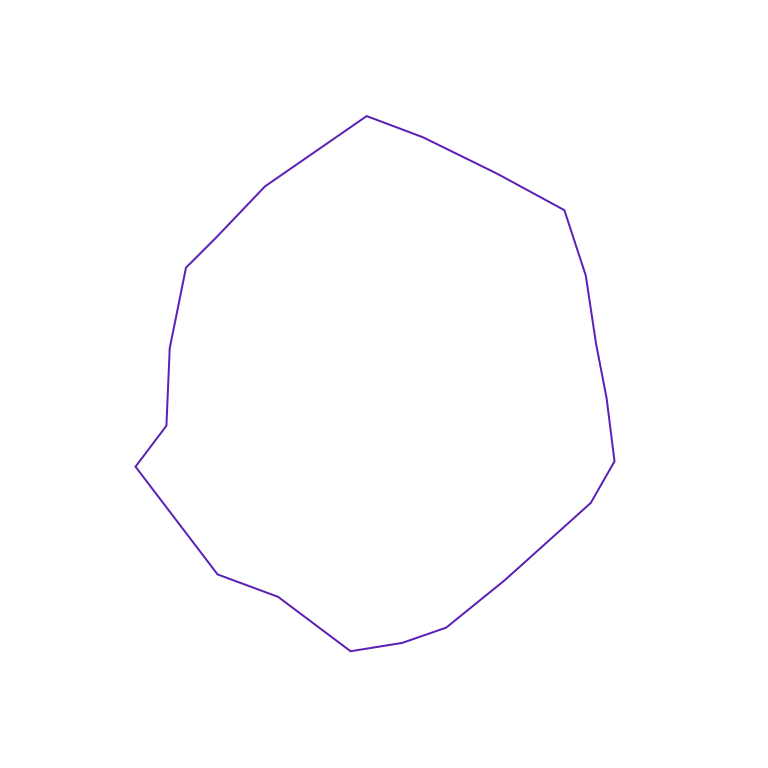 Khankendi City, Stepanakert, Azerbaijan (Mercator projection), rotated 230°
{"feature_id": "54616110B15657888815271", "entity_name": "Khankendi City", "entity_type": "district", "adm_level": 2, "iso_a3": "AZE", "parent_name": "Azerbaijan", "parent_adm1": "Stepanakert", "projection": "mercator", "projection_center": [46.797, 39.842], "detail": "fine", "context": "isolated", "style": "outline", "palette": "violet", "viewbox_px": 768, "rotation_deg": 230, "n_neighbors": 0, "source": "geoboundaries", "source_scale": "gbopen_adm2", "svg_char_len": 466}
<svg xmlns="http://www.w3.org/2000/svg" viewBox="0 0 768 768"><g transform="rotate(230 384 384)"><path d="M566.3,264.4L549.3,243.0L491.9,190.5L480.4,140.5L345.1,134.1L288.9,166.1L283.6,167.3L200.8,186.6L174.0,231.5L157.4,275.1L156.1,350.7L160.0,466.0L176.6,510.9L230.2,545.5L278.7,572.4L282.9,575.0L337.4,608.3L401.2,633.9L472.7,605.7L548.0,572.4L600.4,542.9L611.9,419.9L604.2,350.7L600.4,307.1L566.3,264.4Z" fill="none" stroke="#5b21b6" stroke-width="2"/></g></svg>